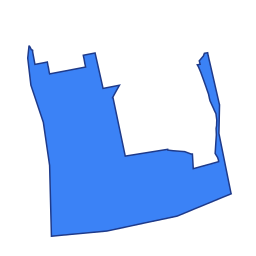 Zemam Out, Al Qahirah, Egypt (Natural Earth projection), rotated 80°
{"feature_id": "37247803B46264859714526", "entity_name": "Zemam Out", "entity_type": "district", "adm_level": 2, "iso_a3": "EGY", "parent_name": "Egypt", "parent_adm1": "Al Qahirah", "projection": "natural_earth1", "projection_center": [31.543, 29.966], "detail": "fine", "context": "isolated", "style": "filled", "palette": "blue", "viewbox_px": 256, "rotation_deg": 80, "n_neighbors": 0, "source": "geoboundaries", "source_scale": "gbopen_adm2", "svg_char_len": 1631}
<svg xmlns="http://www.w3.org/2000/svg" viewBox="0 0 256 256"><g transform="rotate(80 128 128)"><path d="M49.1,199.7L49.2,208.6L36.6,208.7L36.0,208.6L35.5,208.6L35.3,208.5L35.1,208.5L34.9,208.4L34.7,208.5L34.5,208.9L34.4,209.1L34.2,209.6L33.5,209.8L33.3,209.8L32.6,210.0L32.4,210.1L31.9,210.2L31.5,210.4L30.8,210.6L30.8,210.8L30.6,211.0L30.4,211.1L30.2,211.1L30.2,211.3L41.7,214.6L68.9,216.2L107.7,210.4L151.3,211.7L221.3,222.2L222.2,210.2L222.5,207.3L222.7,204.2L223.3,197.2L225.8,166.6L225.1,147.1L224.4,128.7L223.3,95.0L223.3,94.9L219.9,79.6L219.2,76.6L217.4,68.2L213.0,48.4L210.7,37.8L210.1,37.9L149.7,39.4L149.1,39.4L120.9,33.8L120.6,33.9L77.7,36.1L74.0,36.3L71.2,36.4L70.6,36.5L70.5,36.4L70.3,36.5L70.2,36.5L67.7,36.5L67.7,38.9L67.7,39.6L67.7,39.8L68.7,40.4L69.6,40.9L70.5,41.5L70.7,41.9L74.3,46.2L74.7,46.1L75.5,46.1L76.1,46.0L76.8,46.0L77.8,45.9L77.8,48.8L80.0,48.0L85.6,46.7L93.5,45.3L101.2,44.0L103.9,43.6L108.7,42.8L109.5,42.8L111.8,42.7L112.7,42.7L115.5,42.5L120.9,41.1L123.9,40.3L124.2,40.2L125.0,40.1L126.7,39.6L129.1,38.9L135.8,39.2L137.4,39.6L141.3,40.4L142.0,40.7L143.7,41.3L148.8,42.0L150.2,42.2L162.0,45.1L168.2,46.6L172.5,44.9L174.5,44.6L175.6,44.5L176.9,44.6L179.4,70.8L166.6,69.3L164.8,69.1L164.5,70.5L161.1,76.3L158.2,87.6L156.7,92.6L155.9,92.6L155.8,98.0L155.4,122.6L155.2,135.6L95.8,137.5L95.5,138.0L89.4,133.1L84.4,129.0L84.7,145.7L48.4,147.4L48.6,159.4L50.3,159.4L52.0,159.3L53.7,159.3L55.4,159.3L57.2,159.3L58.9,159.2L60.6,159.2L60.9,179.4L61.1,195.8L59.4,195.9L57.6,195.9L55.9,195.9L54.2,195.9L52.5,196.0L50.7,196.0L49.0,196.0L49.1,199.7Z" fill="#3b82f6" stroke="#1e3a8a" stroke-width="1.5"/></g></svg>